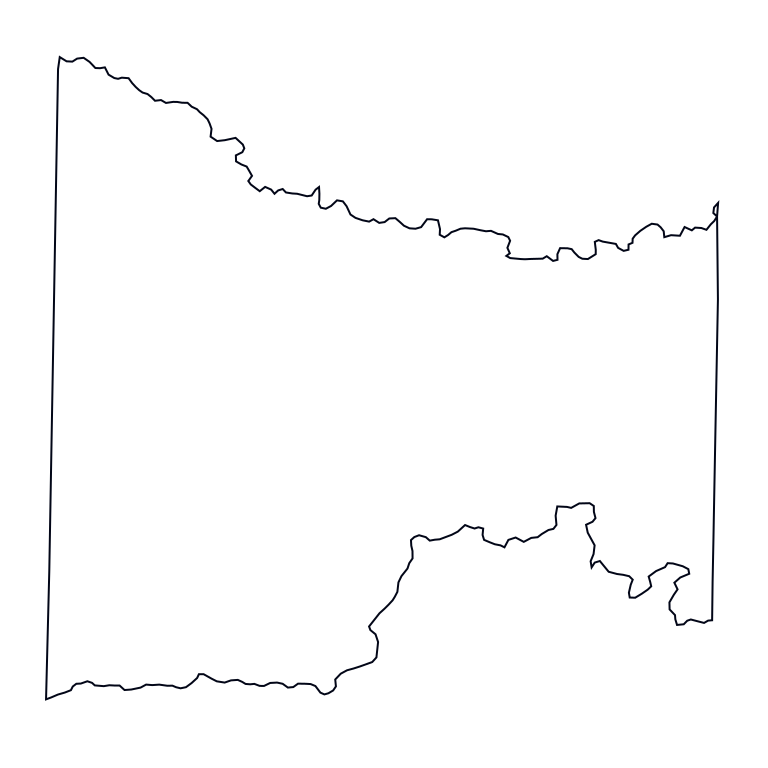 outline of Monte Negro, Rondônia, Brazil, rotated 271°
{"feature_id": "56859067B64772459385796", "entity_name": "Monte Negro", "entity_type": "district", "adm_level": 2, "iso_a3": "BRA", "parent_name": "Brazil", "parent_adm1": "Rondônia", "projection": "albers", "projection_center": [-63.371, -10.246], "detail": "fine", "context": "isolated", "style": "outline", "palette": "ink", "viewbox_px": 768, "rotation_deg": 271, "n_neighbors": 0, "source": "geoboundaries", "source_scale": "gbopen_adm2", "svg_char_len": 4089}
<svg xmlns="http://www.w3.org/2000/svg" viewBox="0 0 768 768"><g transform="rotate(271 384 384)"><path d="M62.8,51.6L64.8,56.7L67.8,63.4L69.9,70.2L72.4,76.3L76.1,78.1L78.9,81.6L79.2,86.1L81.6,92.6L80.1,97.3L77.6,100.1L77.0,109.1L78.0,114.6L77.8,120.3L77.9,124.9L73.5,129.9L74.1,136.6L76.2,145.9L79.3,151.4L78.9,157.6L79.5,164.5L78.5,172.7L78.7,177.7L77.2,181.4L76.2,185.9L77.4,191.3L81.6,196.8L86.8,202.3L90.6,204.0L90.7,208.7L86.4,216.7L83.8,222.0L82.7,229.9L85.0,236.2L85.6,243.0L83.7,247.4L81.7,250.8L81.4,255.4L81.9,259.6L80.0,264.9L80.0,269.3L83.1,275.4L83.6,282.3L82.5,287.9L78.8,293.2L79.4,298.6L82.9,303.3L82.9,310.8L82.7,315.9L80.8,320.7L74.3,325.8L72.6,329.8L73.8,333.8L76.7,338.5L80.8,341.2L87.7,340.4L93.6,345.8L97.1,352.0L99.0,358.5L101.1,364.7L105.8,377.1L110.5,381.2L125.9,382.6L133.6,379.9L137.7,374.7L141.3,373.3L154.7,383.5L159.2,388.3L163.3,392.3L167.9,396.4L171.4,398.5L176.4,401.0L185.9,401.9L192.2,404.8L199.9,410.7L205.3,412.4L210.1,415.6L217.5,415.4L222.8,414.1L228.4,413.7L231.5,417.0L233.4,421.7L231.6,428.5L228.2,432.5L229.2,437.5L229.7,442.4L234.4,454.3L237.7,460.4L244.4,467.5L242.5,472.4L241.1,477.1L242.4,480.9L241.2,485.7L234.8,485.2L229.9,486.8L227.6,492.5L225.7,497.6L224.7,503.3L222.8,507.3L230.3,511.1L232.8,518.3L228.6,526.5L232.7,533.9L233.5,540.3L236.7,544.3L240.9,551.0L242.1,555.9L246.1,558.9L255.3,557.9L264.6,559.4L264.3,569.1L263.4,573.3L268.0,581.3L268.4,591.7L265.7,595.9L259.8,596.1L253.6,597.8L249.9,594.9L246.8,588.5L238.9,590.3L226.4,597.4L217.6,596.5L210.4,593.7L204.3,594.8L209.1,597.8L210.8,602.9L200.2,611.9L198.1,620.3L197.4,626.4L196.1,632.5L192.7,636.1L187.6,634.2L179.6,632.5L174.8,633.4L174.7,638.9L178.8,645.4L183.0,651.3L186.4,654.7L190.8,653.6L196.1,652.0L201.7,659.3L205.8,668.2L209.8,670.7L209.6,676.0L207.0,685.9L204.2,691.5L199.6,692.5L195.7,683.6L190.4,677.8L183.8,681.1L178.4,677.5L170.7,673.2L163.6,673.5L158.0,679.0L153.8,679.4L148.2,681.2L149.0,687.9L152.6,691.3L153.9,694.9L152.0,702.7L150.7,708.2L153.1,712.2L153.5,716.2L191.9,716.0L235.8,716.1L253.3,716.1L345.3,716.2L474.4,716.4L557.3,714.1L552.7,711.3L549.4,708.0L543.8,703.7L545.5,698.6L545.8,692.3L543.0,689.1L546.2,681.8L537.4,677.3L537.8,668.4L535.7,661.7L541.6,661.0L545.5,657.9L548.2,654.7L548.9,648.9L545.8,643.5L541.6,637.6L537.0,632.5L533.6,630.1L529.5,630.0L527.8,626.1L522.5,626.1L521.3,621.3L524.2,615.7L528.1,613.4L530.2,600.2L531.6,596.1L529.8,592.3L521.8,593.4L517.5,593.4L512.5,585.7L512.7,580.1L514.5,576.4L518.8,572.0L522.1,569.3L522.9,565.1L522.9,557.7L516.8,555.1L511.2,555.3L510.0,550.9L514.6,544.5L512.1,540.5L511.6,528.9L511.2,522.8L511.3,518.8L512.1,508.0L514.2,504.1L516.9,507.5L522.3,505.0L529.4,507.6L533.1,505.7L535.6,500.2L536.0,495.3L539.0,488.3L538.5,483.3L539.4,477.9L540.8,470.9L541.1,462.3L540.6,457.8L538.5,453.0L537.0,448.8L534.1,445.5L531.7,441.8L534.2,437.1L539.8,437.3L548.6,435.1L549.5,428.9L549.5,424.2L541.5,418.4L539.8,412.8L540.1,406.8L542.6,401.2L546.3,397.0L550.0,392.5L549.6,386.4L545.9,381.8L545.0,376.4L548.6,370.6L546.1,366.3L547.3,359.8L549.6,352.6L552.9,347.5L561.1,343.5L565.9,339.7L566.8,333.8L561.1,328.0L558.2,322.8L559.2,317.7L563.0,315.6L566.8,316.1L573.1,316.1L579.8,315.6L577.1,312.2L571.2,308.4L570.4,303.8L572.7,293.8L572.9,289.0L573.8,282.6L577.2,279.3L575.7,274.8L572.3,271.2L576.4,267.8L579.0,261.7L574.6,256.4L577.6,252.2L581.2,247.3L584.6,244.8L589.8,248.4L594.4,245.7L599.0,242.9L601.0,237.6L604.0,232.2L610.0,231.9L613.3,238.3L617.2,240.2L620.9,238.7L627.5,231.3L625.0,220.6L624.0,212.9L628.3,206.3L636.1,207.1L641.4,205.1L645.6,203.0L649.6,198.9L652.5,195.1L655.5,192.2L657.9,186.9L661.7,182.7L661.7,177.2L662.4,172.3L662.4,168.3L661.2,161.1L664.0,156.1L663.2,150.1L666.8,146.4L669.8,142.5L671.2,137.5L673.5,134.1L676.7,130.5L680.5,126.9L685.3,123.3L685.7,116.5L684.5,112.8L685.2,109.0L688.5,103.2L695.7,99.4L694.8,94.6L694.9,89.9L700.9,84.0L704.9,78.0L704.0,71.5L700.9,66.8L701.1,61.0L705.2,54.1L693.2,52.6L654.9,52.6L384.4,52.6L289.3,52.6L281.8,52.6L191.6,52.6L62.8,51.6ZM557.3,714.1L570.9,714.9L566.3,710.9L560.7,710.3L557.3,714.1Z" fill="none" stroke="#020617" stroke-width="2"/></g></svg>